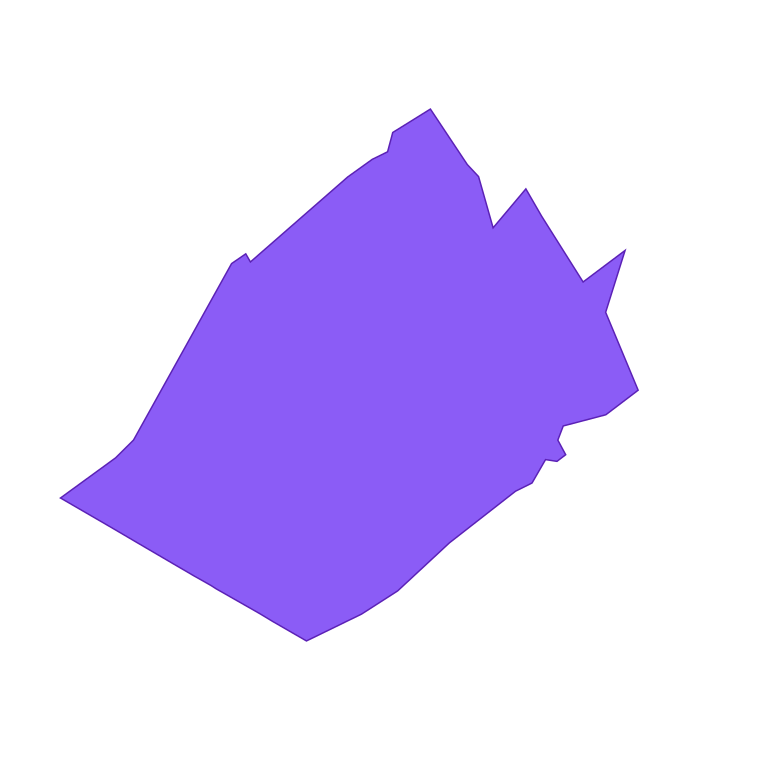 Bedford, Pennsylvania, United States of America (Albers equal-area conic projection), rotated 30°
{"feature_id": "52423323B14899262038475", "entity_name": "Bedford", "entity_type": "district", "adm_level": 2, "iso_a3": "USA", "parent_name": "United States of America", "parent_adm1": "Pennsylvania", "projection": "albers", "projection_center": [-78.468, 40.025], "detail": "fine", "context": "isolated", "style": "filled", "palette": "violet", "viewbox_px": 768, "rotation_deg": 30, "n_neighbors": 0, "source": "geoboundaries", "source_scale": "gbopen_adm2", "svg_char_len": 686}
<svg xmlns="http://www.w3.org/2000/svg" viewBox="0 0 768 768"><g transform="rotate(30 384 384)"><path d="M445.3,645.3L479.6,594.5L499.3,556.3L520.1,488.8L551.5,411.1L561.7,395.7L561.7,368.7L572.5,364.5L576.7,354.4L562.6,345.7L560.2,330.7L591.5,299.7L607.2,262.3L540.1,211.1L526.0,147.8L505.4,196.1L436.5,159.8L409.3,144.1L400.4,194.2L362.2,157.1L346.4,152.3L286.7,122.7L265.8,161.8L267.4,167.6L268.4,171.4L271.0,181.1L261.5,195.3L249.1,222.7L207.3,345.1L199.2,340.4L191.8,355.9L195.1,557.8L188.5,582.1L160.8,644.5L217.2,644.6L260.6,644.9L292.5,645.1L315.3,645.2L334.9,645.0L340.7,645.3L391.4,645.0L406.5,645.3L445.3,645.3Z" fill="#8b5cf6" stroke="#5b21b6" stroke-width="1.5"/></g></svg>